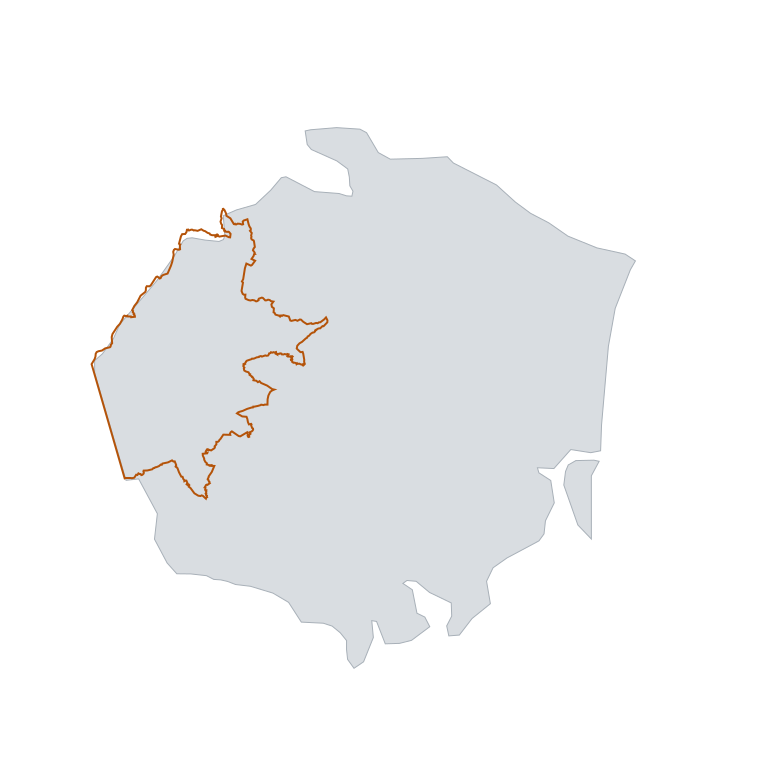 location of Koinadugu, Northern, Sierra Leone, rotated 254°
{"feature_id": "65957751B98964407864499", "entity_name": "Koinadugu", "entity_type": "district", "adm_level": 2, "iso_a3": "SLE", "parent_name": "Sierra Leone", "parent_adm1": "Northern", "projection": "albers", "projection_center": [-11.318, 9.329], "detail": "fine", "context": "in_parent", "style": "outline", "palette": "amber", "viewbox_px": 768, "rotation_deg": 254, "n_neighbors": 0, "source": "geoboundaries", "source_scale": "gbopen_adm2", "svg_char_len": 7729}
<svg xmlns="http://www.w3.org/2000/svg" viewBox="0 0 768 768"><g transform="rotate(254 384 384)"><path d="M649.0,378.0L648.6,383.6L643.5,409.1L635.6,431.1L630.4,436.5L608.0,442.3L598.4,452.0L590.3,483.1L585.0,507.5L577.3,511.6L544.3,547.0L522.7,560.4L507.7,571.9L493.4,586.9L475.5,601.5L456.2,626.1L442.4,651.6L433.0,659.6L425.9,652.3L393.0,627.1L358.4,610.1L284.6,581.8L260.1,573.8L261.0,563.8L269.5,545.5L255.9,524.0L261.2,508.4L255.9,508.4L245.3,517.7L222.8,514.9L208.0,501.5L195.8,496.5L190.5,489.7L182.9,454.3L177.3,438.2L166.1,428.2L143.5,425.7L134.3,404.0L121.9,387.2L124.0,376.9L134.2,377.6L142.2,385.1L155.0,388.3L171.1,370.3L185.5,360.5L188.8,351.9L187.1,347.2L178.4,354.5L154.6,352.5L148.7,359.0L138.1,361.1L130.0,339.8L130.4,327.4L133.9,313.6L157.8,311.4L159.9,307.0L143.3,303.9L122.6,287.8L119.0,276.8L129.3,273.1L139.1,274.8L147.7,277.3L156.9,273.4L165.6,267.4L170.8,259.7L177.9,238.9L200.4,232.1L213.7,219.5L226.4,199.8L232.2,186.0L237.4,179.1L240.7,173.1L243.1,166.5L248.7,160.5L254.7,145.9L258.7,132.5L271.7,126.2L298.1,120.6L321.8,130.4L360.4,122.0L362.5,109.5L397.7,109.3L439.5,109.1L474.4,108.9L486.3,112.3L490.6,121.6L502.1,136.3L514.1,146.4L528.9,168.6L546.2,194.5L564.9,217.8L576.9,230.4L578.3,234.9L577.4,239.9L571.6,251.8L566.5,264.7L567.1,269.5L570.6,271.9L590.1,275.9L592.0,290.2L592.0,310.0L601.5,328.5L610.6,342.1L610.2,346.9L588.1,370.2L579.5,393.3L575.2,399.8L573.4,404.9L577.9,407.3L583.9,405.8L592.5,407.7L600.7,408.4L611.5,400.1L629.4,378.8L635.4,376.2L649.0,378.0ZM252.9,564.8L250.4,569.5L238.6,558.0L177.8,540.6L195.0,531.5L237.3,529.0L249.9,534.4L255.4,538.8L257.5,547.3L252.9,564.8Z" fill="#d9dde1" stroke="#a8b0b8" stroke-width="1"/><path d="M595.2,278.6L596.7,277.8L596.7,277.4L595.9,277.2L594.8,275.9L589.9,273.4L588.1,273.6L585.1,271.6L582.7,271.7L581.5,272.2L578.6,271.2L577.1,273.0L575.5,272.6L575.2,273.5L574.3,273.3L573.4,275.4L573.4,276.2L572.7,277.0L570.6,277.9L567.4,276.5L567.9,275.3L570.4,272.5L571.1,266.3L572.4,265.2L573.2,265.4L573.8,264.8L573.7,264.2L572.1,264.1L571.9,262.5L573.6,262.5L574.4,259.8L575.6,258.1L576.8,257.8L577.9,256.1L580.2,254.2L581.1,252.8L583.1,251.0L582.6,247.1L584.0,244.4L584.0,243.5L585.1,242.4L585.5,241.2L585.3,238.8L585.7,238.3L586.4,238.3L586.6,237.1L584.5,236.0L583.0,234.2L583.7,231.3L581.9,229.5L575.3,225.6L574.3,226.6L573.4,225.9L569.7,225.1L569.6,223.8L571.4,220.3L570.8,219.0L569.1,217.8L566.3,217.5L559.8,214.1L556.4,211.8L549.8,206.4L549.7,201.9L549.0,199.9L547.3,198.4L547.3,197.3L548.6,196.7L549.8,195.6L549.6,194.4L543.3,187.2L542.5,185.6L543.4,182.9L542.2,181.7L539.7,180.9L538.3,179.9L536.0,174.4L530.5,169.2L527.8,165.5L524.4,162.3L523.3,162.9L522.3,162.3L521.0,163.0L520.4,162.7L520.0,163.1L519.6,162.7L518.6,163.3L517.3,163.1L517.9,159.3L518.7,159.3L519.7,155.9L520.4,156.0L520.3,154.9L521.3,153.2L520.7,152.1L518.2,150.3L514.6,146.7L512.6,143.4L506.9,136.8L504.2,135.2L498.1,133.9L497.1,132.4L495.3,131.4L494.9,130.7L495.1,125.8L493.9,122.1L494.2,118.6L493.9,116.6L492.5,115.2L489.9,114.2L487.7,112.7L483.7,108.4L364.8,108.7L364.9,109.5L363.4,114.9L362.9,115.6L362.8,118.2L365.1,120.8L364.5,121.9L365.8,123.3L364.8,124.3L364.6,125.2L363.3,125.6L363.3,126.7L364.1,128.2L365.0,128.7L366.2,128.6L367.0,129.1L366.1,132.7L365.9,137.8L366.7,139.1L366.5,140.2L367.0,141.2L366.8,142.3L367.1,145.0L368.1,147.3L367.6,148.1L368.6,149.1L368.2,154.7L369.0,159.2L367.5,160.2L367.3,161.5L363.4,161.9L363.0,161.5L362.2,161.6L361.9,161.0L360.1,162.3L355.7,162.6L350.8,163.6L350.3,164.8L347.9,164.9L346.8,165.5L345.6,165.3L345.9,166.6L345.6,167.4L343.1,167.7L342.0,166.6L341.4,167.1L342.2,167.3L342.1,167.8L341.2,168.7L340.5,169.0L339.1,168.0L337.4,169.3L331.2,171.6L327.8,174.7L326.9,176.7L327.2,177.9L326.5,179.0L322.9,181.2L323.7,181.7L324.0,182.7L324.6,182.5L325.4,183.0L326.4,182.3L327.4,182.9L327.9,182.4L329.1,183.4L330.7,183.9L330.7,183.1L331.6,182.9L333.8,183.9L334.2,183.9L334.3,183.4L336.0,185.2L336.1,186.1L335.7,186.5L336.6,189.0L337.0,188.7L337.8,189.3L338.9,188.8L340.1,188.8L340.8,188.2L341.6,188.6L342.6,189.7L343.5,190.0L346.9,194.2L352.0,198.3L352.7,196.2L353.5,196.1L353.7,195.1L353.0,195.1L353.6,193.6L354.4,193.3L355.5,191.4L356.6,191.9L358.3,190.8L360.8,190.3L361.9,190.6L365.1,190.1L366.9,190.5L366.1,194.9L366.6,195.3L367.4,193.7L368.3,194.0L370.0,195.9L369.9,196.6L369.0,196.5L368.5,197.0L368.8,198.0L367.8,199.5L369.0,203.3L370.0,204.1L370.8,204.0L372.1,206.2L374.6,206.9L374.2,208.3L374.7,209.6L375.6,210.4L376.2,211.6L379.6,215.6L377.5,222.2L378.7,222.2L379.9,223.3L380.4,224.7L374.0,230.0L373.3,231.4L375.3,239.1L372.9,239.2L372.3,238.7L371.2,238.7L370.4,239.0L370.4,239.9L372.2,240.2L372.9,241.9L374.6,241.3L374.8,243.5L375.4,244.8L376.2,245.6L377.3,245.8L378.1,245.1L380.9,244.9L381.6,245.5L382.3,245.3L382.4,243.0L385.0,242.7L388.0,243.0L390.4,242.8L391.9,238.8L396.3,234.6L397.0,236.1L397.1,237.3L397.1,240.8L397.8,245.6L397.9,250.5L397.6,251.5L398.3,252.1L398.0,252.7L397.7,256.6L397.7,259.6L398.0,260.2L396.9,262.5L397.1,263.5L396.3,266.3L401.4,267.9L404.8,269.7L407.7,272.4L408.6,274.5L408.9,276.9L409.9,275.1L414.7,271.2L418.9,266.1L421.0,265.1L420.5,263.3L422.3,262.2L423.6,259.5L424.8,260.2L427.1,259.5L427.1,259.0L428.0,258.8L429.7,257.4L430.3,258.0L431.0,257.3L432.6,257.0L434.1,254.7L435.5,253.4L437.5,253.5L438.2,254.3L439.6,253.7L440.2,254.1L440.9,254.0L441.4,255.6L442.0,255.1L442.2,256.1L442.9,257.1L443.6,257.4L444.2,258.7L444.4,263.4L444.8,264.2L444.4,264.9L444.3,266.5L444.7,268.9L444.4,271.2L444.8,271.5L444.8,273.4L444.0,274.2L444.2,277.8L443.6,278.6L443.3,280.3L444.0,281.3L445.1,282.0L445.0,283.4L445.7,284.1L444.9,285.4L445.0,286.7L444.4,287.3L444.5,289.0L443.2,288.9L442.8,288.4L441.9,289.3L442.4,289.3L441.8,292.1L442.1,292.6L441.5,293.8L440.6,294.0L440.1,295.5L440.2,296.7L439.0,298.9L439.5,299.4L438.8,300.5L437.9,299.8L437.8,299.1L437.3,298.7L436.9,299.1L436.2,301.3L436.4,301.8L436.0,303.5L435.6,303.7L435.4,303.1L434.6,302.8L434.4,302.2L433.1,302.7L432.5,301.8L433.1,301.2L433.0,300.4L432.8,301.0L431.3,302.1L430.9,302.0L430.9,301.2L430.3,302.3L429.4,302.7L429.2,303.8L428.2,305.4L427.3,305.4L427.7,306.1L427.2,306.2L426.9,308.2L425.4,309.9L425.4,311.5L424.2,311.2L424.0,311.5L425.1,313.4L427.2,313.3L429.2,314.0L435.4,314.7L437.3,314.6L437.5,312.8L438.1,312.2L441.7,310.1L442.2,309.9L444.7,311.2L446.4,314.0L447.1,316.8L449.4,321.5L449.7,322.9L450.7,323.6L451.1,325.4L452.4,327.2L453.1,329.5L452.9,330.8L453.5,332.2L454.4,332.5L454.3,333.0L454.8,333.5L454.6,334.0L455.3,335.1L455.4,337.0L455.1,338.0L456.6,340.8L456.2,341.8L458.9,346.5L460.8,347.2L464.0,346.6L462.6,344.3L460.9,339.8L461.2,338.3L460.7,337.0L461.4,335.6L461.3,332.6L461.6,331.4L462.5,330.9L462.7,326.5L466.1,323.5L468.7,322.0L469.2,320.9L468.6,318.3L470.0,316.5L470.2,312.4L470.9,311.4L475.1,311.1L478.0,306.1L477.6,304.8L478.1,304.4L478.5,302.7L477.8,303.4L477.4,302.7L478.7,301.8L480.6,298.8L482.6,298.4L483.3,297.6L487.1,299.0L489.1,297.5L491.6,297.7L493.7,300.4L494.8,298.2L496.2,297.3L497.0,295.8L496.8,294.3L497.1,292.9L500.1,291.3L500.7,290.4L500.5,287.2L499.8,286.5L499.1,286.5L498.6,284.8L498.7,283.8L500.1,282.5L501.0,280.7L501.1,278.6L502.0,276.9L504.1,274.4L505.6,274.4L508.1,275.4L508.4,274.0L509.6,273.0L512.7,272.7L520.4,276.4L521.7,275.7L523.5,277.5L533.6,282.2L537.7,284.9L534.5,288.7L534.8,289.9L538.0,294.1L540.7,291.1L543.1,294.0L544.5,294.8L544.5,295.8L545.1,295.5L546.0,295.9L548.7,294.9L550.2,296.0L551.3,297.6L556.6,298.3L557.8,298.3L559.5,296.6L561.0,296.5L562.0,297.2L563.3,297.2L565.6,298.5L568.2,297.4L568.7,298.4L570.3,298.8L572.4,298.1L574.9,297.9L580.0,298.1L579.8,294.2L579.1,293.0L576.4,292.6L576.4,291.5L577.7,289.6L578.5,287.4L578.1,286.1L578.5,284.9L579.1,284.9L579.2,283.7L585.6,282.0L589.1,278.9L591.4,279.2L595.2,278.6Z" fill="none" stroke="#b45309" stroke-width="2"/></g></svg>